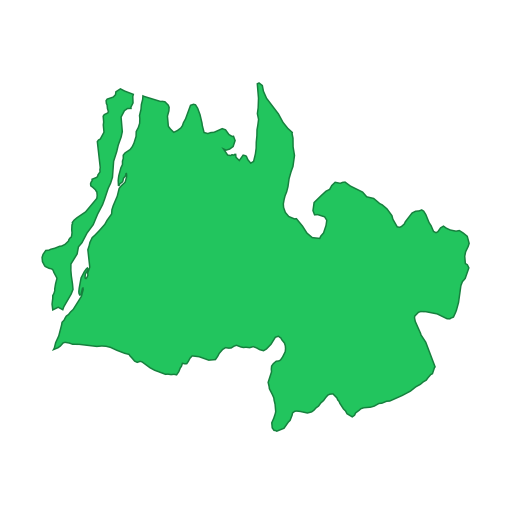 the district of Nasir, Bani Suwayf, Egypt, rotated 176°
{"feature_id": "37247803B95648929265509", "entity_name": "Nasir", "entity_type": "district", "adm_level": 2, "iso_a3": "EGY", "parent_name": "Egypt", "parent_adm1": "Bani Suwayf", "projection": "equal_earth", "projection_center": [31.113, 29.186], "detail": "fine", "context": "isolated", "style": "filled", "palette": "green", "viewbox_px": 512, "rotation_deg": 176, "n_neighbors": 0, "source": "geoboundaries", "source_scale": "gbopen_adm2", "svg_char_len": 6091}
<svg xmlns="http://www.w3.org/2000/svg" viewBox="0 0 512 512"><g transform="rotate(176 256 256)"><path d="M60.5,268.4L64.4,270.6L66.9,272.7L69.9,271.2L72.9,267.5L74.8,266.7L77.2,268.1L79.2,273.9L81.1,277.4L83.7,285.4L85.6,289.0L87.5,290.4L90.0,289.6L93.7,289.5L97.3,288.0L104.6,279.8L105.8,277.6L108.8,275.3L110.6,274.6L113.1,275.2L116.9,283.1L117.6,286.8L122.1,293.9L126.5,298.2L128.9,299.6L134.6,305.2L141.4,307.3L145.2,312.3L157.0,319.2L162.0,323.5L164.5,323.4L166.9,322.6L171.9,324.0L175.5,321.0L177.9,317.3L181.6,315.8L186.4,312.0L194.3,305.3L196.0,297.3L194.7,293.0L191.6,293.0L184.8,290.3L182.9,286.7L184.0,281.6L187.0,274.3L190.0,271.3L191.2,269.1L198.6,270.4L203.6,275.3L207.5,282.5L213.1,290.4L215.0,290.3L220.6,293.1L223.7,297.4L225.1,302.5L225.1,306.1L224.0,310.5L222.8,314.1L221.0,317.8L219.3,322.9L217.6,330.9L215.2,337.5L212.9,342.7L210.6,353.6L211.4,362.3L210.9,371.0L211.5,375.6L211.2,376.7L215.4,381.1L219.8,387.5L223.7,396.1L234.5,412.6L237.1,419.8L237.8,425.6L240.9,428.4L242.7,427.7L242.5,413.2L243.5,403.7L244.7,397.9L243.9,392.1L245.1,386.2L246.2,381.8L246.7,376.0L247.8,369.5L248.3,363.6L249.5,357.8L251.8,350.5L254.8,349.0L257.4,352.6L258.7,356.2L259.9,356.9L261.8,357.5L266.0,352.4L269.1,355.9L269.2,358.8L270.4,358.8L271.0,358.1L272.9,358.7L274.1,358.0L277.2,358.6L281.0,365.1L278.5,363.7L274.8,364.5L271.2,366.8L268.8,372.6L270.1,377.0L271.4,376.9L274.5,379.0L277.6,384.0L280.8,385.4L289.3,382.3L292.4,382.3L295.5,381.5L299.2,382.8L300.5,390.1L300.6,392.3L302.0,400.9L303.9,407.4L305.8,411.0L307.7,411.7L310.8,410.9L316.7,397.7L319.1,394.0L320.3,391.1L322.1,388.9L325.7,386.6L329.4,385.1L332.5,388.6L334.4,391.5L334.6,401.7L332.8,406.8L332.3,410.4L333.0,412.6L336.1,416.2L338.6,416.8L340.4,416.8L356.5,423.0L357.6,423.6L358.2,419.9L359.8,415.1L360.5,410.3L362.4,404.2L362.3,401.3L362.8,396.5L364.4,392.4L366.8,388.5L367.3,383.7L369.8,377.2L371.7,373.8L374.1,371.0L379.5,367.9L381.4,365.8L381.6,362.5L382.6,359.9L382.8,356.6L384.6,353.4L387.2,345.9L387.8,343.2L388.2,340.8L388.3,336.1L387.7,335.9L386.8,337.5L384.4,339.0L383.6,340.0L382.8,342.8L381.1,344.5L380.3,345.7L380.0,347.2L379.5,347.3L379.4,345.7L379.6,343.7L381.4,338.7L385.4,335.5L387.8,332.9L390.2,325.4L394.9,316.2L396.5,312.2L397.1,308.0L402.0,302.1L404.6,298.1L410.6,292.2L415.1,288.1L418.1,285.8L420.7,281.2L421.7,277.9L423.3,274.0L422.6,256.5L425.1,250.7L425.0,248.5L426.2,246.3L427.2,245.3L428.0,245.9L427.9,247.7L427.4,250.0L424.4,254.4L425.1,255.8L426.3,254.8L428.3,252.4L432.0,246.4L434.6,236.3L435.2,233.0L435.2,231.2L434.6,229.4L433.4,229.5L431.3,236.0L430.8,236.1L430.7,234.7L433.0,227.9L442.1,215.4L444.8,213.2L447.1,210.7L449.4,209.3L450.7,207.5L451.9,205.4L454.1,203.4L454.7,200.9L458.3,190.1L461.9,183.5L463.6,178.2L464.5,176.8L459.9,178.3L457.5,179.8L454.4,182.8L452.5,183.2L448.3,182.2L445.2,180.8L438.4,180.2L421.1,176.9L416.1,177.0L411.8,176.4L407.5,175.0L401.3,171.6L393.8,168.1L389.5,166.7L388.8,165.3L387.0,163.1L384.4,159.6L381.9,158.2L378.9,159.0L377.0,158.3L369.5,151.9L365.1,149.1L354.6,144.3L352.1,144.3L349.0,143.6L346.0,143.7L343.5,143.0L341.1,146.0L339.3,149.7L338.1,151.1L336.9,154.1L334.4,153.4L332.6,153.4L330.8,155.7L329.0,158.6L326.6,160.8L319.8,159.5L310.4,155.4L303.7,155.5L301.3,158.5L299.5,161.4L295.8,165.1L292.8,166.7L289.7,166.0L287.2,166.0L284.2,167.6L281.7,168.3L277.4,166.3L274.9,165.6L272.4,165.7L268.7,165.0L265.1,165.8L262.0,164.4L258.8,162.3L255.1,161.0L252.1,162.5L247.2,166.9L242.4,173.6L239.3,174.4L236.8,172.3L236.2,170.8L233.7,167.2L233.0,164.3L233.0,161.5L233.5,158.5L236.5,153.4L238.9,150.4L240.7,149.7L243.2,149.6L246.2,147.4L248.1,145.1L248.6,142.2L248.6,139.3L252.7,129.1L252.0,124.7L251.9,122.6L249.4,116.8L248.1,113.2L248.0,111.0L247.3,106.7L247.2,99.4L247.8,97.3L249.6,92.9L251.9,88.5L251.8,83.4L250.2,80.8L248.7,80.5L247.5,79.8L240.1,82.2L235.3,88.1L233.5,89.6L231.1,94.7L230.5,96.9L228.1,98.4L226.3,98.5L222.5,97.8L215.7,95.8L211.4,96.6L209.0,98.1L206.6,100.4L204.1,101.9L201.7,104.8L198.7,107.1L196.3,110.0L193.9,112.3L192.0,113.0L188.9,113.1L185.2,108.8L184.5,106.7L183.3,105.2L182.6,103.1L179.4,97.3L177.5,95.2L176.2,92.3L171.2,88.8L168.8,90.3L167.6,92.5L164.0,94.8L162.1,96.3L159.1,97.1L152.3,97.2L148.6,98.0L143.7,100.3L140.7,100.4L135.8,102.0L132.7,102.0L119.8,106.7L111.3,110.5L105.8,114.3L100.9,116.6L97.9,118.8L94.8,120.3L93.0,122.5L90.0,125.5L88.2,126.3L85.8,132.1L85.1,132.9L92.7,158.2L97.0,165.9L97.2,167.2L101.7,179.6L102.2,183.3L101.8,185.0L97.9,188.5L95.7,189.1L90.4,188.6L79.3,185.6L69.8,180.1L67.0,179.8L65.8,180.5L63.3,181.3L60.9,185.7L59.9,187.8L57.2,195.5L53.7,212.1L51.9,216.0L48.9,219.0L44.5,229.3L45.8,232.5L47.7,233.9L47.8,241.2L46.6,245.6L43.7,250.7L42.5,253.7L43.9,260.9L47.6,264.4L51.4,267.2L54.7,266.8L60.5,268.4ZM452.5,215.9L451.3,218.7L443.0,231.0L440.9,235.4L441.0,240.9L441.6,248.8L441.7,254.6L441.2,260.9L434.3,270.5L432.5,277.5L428.7,281.4L422.9,290.8L416.2,298.6L411.1,308.8L405.5,317.9L403.2,323.0L398.7,333.9L396.0,338.7L393.7,344.5L391.4,360.5L387.7,369.8L385.7,376.2L382.2,384.2L380.7,389.4L380.9,404.0L377.1,410.2L373.9,412.1L370.4,411.9L370.4,413.2L368.0,417.3L367.8,423.7L367.1,425.8L375.5,429.7L379.6,432.2L384.3,429.6L384.9,426.7L387.3,424.5L393.5,422.9L394.7,421.4L394.6,418.5L394.0,417.1L393.9,413.4L393.2,410.6L393.8,409.1L397.5,407.6L398.7,406.1L398.6,400.3L399.2,397.4L399.0,390.1L403.2,383.5L405.0,382.7L406.3,381.2L405.2,355.1L405.7,352.9L405.7,350.8L408.1,347.8L408.1,347.1L409.3,345.6L414.2,344.0L414.2,342.6L415.4,341.1L416.0,339.6L415.9,337.5L414.1,336.0L412.8,334.6L411.5,333.2L410.9,331.8L410.3,331.1L410.2,327.4L410.8,324.5L422.9,311.9L432.0,306.6L435.0,304.4L436.9,302.2L436.8,300.7L437.4,300.0L438.0,294.9L437.9,292.0L438.5,289.1L439.1,287.6L440.3,286.9L441.5,285.4L442.1,283.9L445.7,280.9L449.4,279.4L451.2,279.4L456.1,277.8L460.4,277.0L462.2,276.2L465.3,276.2L468.3,272.5L469.5,269.5L469.4,265.2L467.5,260.9L466.9,260.2L463.2,258.1L460.7,257.4L459.4,256.0L458.8,253.8L456.2,248.0L456.2,247.3L457.9,242.2L459.1,237.1L459.1,235.6L460.2,232.7L461.5,230.7L461.7,228.0L462.8,222.2L462.5,216.4L456.9,218.7L452.5,215.9Z" fill="#22c55e" stroke="#15803d" stroke-width="1.5"/></g></svg>